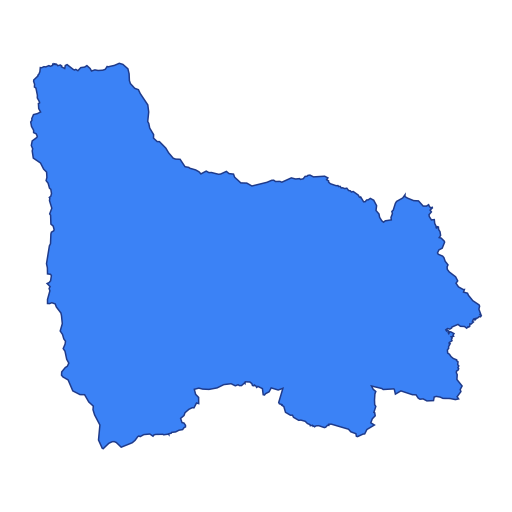 the district of Medellín, Antioquia, Colombia
{"feature_id": "7082276B76690106408580", "entity_name": "Medellín", "entity_type": "district", "adm_level": 2, "iso_a3": "COL", "parent_name": "Colombia", "parent_adm1": "Antioquia", "projection": "orthographic", "projection_center": [-75.59, 6.269], "detail": "fine", "context": "isolated", "style": "filled", "palette": "blue", "viewbox_px": 512, "rotation_deg": 0, "n_neighbors": 0, "source": "geoboundaries", "source_scale": "gbopen_adm2", "svg_char_len": 5937}
<svg xmlns="http://www.w3.org/2000/svg" viewBox="0 0 512 512"><path d="M103.2,448.7L108.8,443.3L112.2,441.7L114.2,441.6L116.3,442.5L121.2,447.2L132.3,442.7L135.1,440.3L137.7,436.7L138.9,436.0L140.2,436.6L143.8,434.6L149.8,434.0L153.0,436.2L154.1,434.8L155.8,434.4L162.9,434.3L163.7,434.8L168.3,434.1L168.8,434.6L168.7,433.8L171.2,433.2L171.6,432.4L175.7,431.9L179.0,430.2L182.6,429.6L184.0,427.7L185.5,426.9L185.5,425.3L183.9,423.0L182.0,422.6L180.6,418.4L184.0,415.5L185.0,412.7L188.9,409.3L192.2,407.7L194.0,407.8L196.5,403.0L198.7,403.6L198.6,397.4L195.6,394.3L194.3,389.3L198.8,388.1L202.7,389.1L209.0,389.4L217.1,387.9L223.8,384.6L231.1,383.7L235.3,385.8L238.1,384.7L239.4,385.6L241.5,385.6L244.5,382.9L245.0,383.5L245.3,381.8L249.9,382.0L251.8,383.6L252.5,385.5L253.9,385.8L254.3,385.0L255.8,385.9L256.7,387.4L257.9,386.4L262.4,388.6L263.2,394.7L264.5,395.0L265.5,393.7L269.1,391.8L271.2,387.9L278.2,390.0L282.9,388.3L278.7,402.5L279.4,403.8L282.0,404.6L281.7,405.2L283.8,406.5L285.5,412.3L290.4,415.2L292.5,415.2L293.5,417.3L298.7,420.3L300.9,420.1L305.2,421.3L307.4,423.5L310.0,424.6L310.3,425.7L312.5,425.3L313.0,426.3L313.8,426.0L314.5,426.8L316.2,425.8L318.8,425.7L324.4,427.6L325.7,427.2L327.5,425.3L328.8,425.4L328.7,424.3L331.2,424.1L348.5,429.2L350.8,431.8L355.9,433.7L356.4,436.3L357.6,436.6L363.0,434.1L364.7,433.9L366.9,429.5L374.4,425.0L370.8,422.8L372.3,418.8L375.2,415.8L374.7,412.7L373.9,412.4L375.8,406.4L374.7,404.7L374.5,400.1L374.9,393.9L375.8,391.5L373.1,389.2L371.5,386.0L381.8,388.5L383.2,389.5L393.6,388.9L394.3,389.3L395.4,394.1L400.9,390.9L412.4,394.7L416.0,394.8L418.2,398.1L419.9,399.2L423.1,398.9L426.9,400.9L433.5,400.6L434.2,397.0L436.3,396.4L440.2,397.1L443.0,398.4L450.0,398.5L455.4,399.6L458.6,398.9L457.1,396.7L460.9,391.6L460.2,389.5L462.1,386.0L456.9,379.5L457.2,374.7L456.3,372.7L456.5,371.1L458.1,370.1L458.7,368.7L457.9,367.7L458.8,365.9L457.7,364.6L458.0,361.8L456.5,360.5L456.6,359.8L453.3,358.5L451.0,356.6L449.4,354.2L447.7,353.1L447.5,351.4L447.4,349.9L448.7,348.3L448.5,346.8L450.1,343.8L449.2,343.7L449.2,342.6L452.0,340.7L451.4,339.2L452.2,337.9L451.2,336.8L453.6,336.2L453.0,335.1L454.0,333.6L450.7,331.8L449.8,331.9L448.8,333.7L448.2,332.7L449.1,332.1L448.4,331.5L448.7,331.1L447.1,330.1L446.5,330.9L445.8,329.8L447.6,328.5L449.8,329.1L451.6,328.0L452.0,327.0L458.0,324.4L460.4,326.3L464.5,326.5L466.7,328.2L468.1,326.7L468.6,327.1L469.7,326.4L469.9,323.9L471.0,324.1L473.4,322.0L472.4,321.3L473.4,319.4L475.0,320.0L476.1,318.8L475.4,318.5L477.6,318.0L479.3,316.5L480.5,316.8L481.3,315.7L480.2,314.5L480.8,314.4L478.9,309.2L479.6,306.2L479.1,304.9L472.8,300.7L468.5,295.4L467.5,293.2L463.5,292.1L464.4,289.5L463.4,289.6L458.5,286.9L456.0,283.2L457.7,280.9L455.6,276.8L449.2,271.9L447.3,269.4L447.1,266.9L448.0,264.9L445.2,261.3L443.9,257.6L442.6,256.1L438.3,254.3L437.5,252.9L438.9,249.9L442.2,248.2L444.6,242.2L444.3,241.2L441.2,238.1L439.2,237.6L440.6,235.4L440.0,231.7L438.6,229.4L438.4,227.0L437.4,226.7L436.7,228.0L436.2,227.8L436.1,226.3L434.7,223.4L434.3,219.6L431.4,219.9L429.3,216.6L429.0,214.7L431.4,211.9L430.1,210.1L432.4,207.9L432.2,207.3L430.8,207.9L429.4,206.5L428.6,204.7L426.5,206.1L423.2,206.1L418.5,200.9L413.6,200.6L407.7,198.2L404.9,196.6L405.0,194.8L402.7,198.0L396.6,201.4L395.4,203.3L393.2,210.2L391.9,211.4L392.4,213.7L391.0,217.4L391.3,219.9L385.3,220.8L383.5,222.2L381.7,220.7L379.6,217.3L379.0,214.0L376.0,210.5L376.6,205.7L373.7,200.2L370.3,198.4L368.3,199.8L366.6,200.0L365.2,201.7L363.6,201.8L360.7,197.0L360.2,197.5L359.3,197.0L358.3,195.1L353.2,191.5L351.4,192.0L350.3,190.8L348.6,190.5L346.8,188.2L344.7,188.6L342.7,187.8L341.2,187.9L340.2,186.4L338.5,186.5L338.0,185.6L336.1,185.7L330.3,183.7L328.6,182.2L328.6,180.9L326.6,179.7L327.9,177.9L324.6,176.2L313.5,176.9L310.0,175.1L307.9,175.4L306.9,176.3L305.1,176.4L303.2,178.8L300.4,179.4L299.6,178.6L295.6,179.0L291.3,177.9L281.8,182.2L279.9,181.4L275.5,181.5L273.7,180.2L271.7,180.3L267.0,182.3L251.9,186.0L246.8,183.1L240.8,182.9L234.6,177.2L233.5,174.1L229.0,173.6L226.4,171.4L220.7,174.0L218.6,174.3L211.4,172.5L208.9,172.6L206.2,171.1L200.9,173.9L199.0,171.8L195.6,169.9L189.7,168.2L188.8,167.4L185.0,166.7L180.1,159.3L175.6,159.1L173.2,158.2L168.6,152.8L165.8,148.1L159.4,141.6L157.2,141.6L153.5,138.1L153.6,134.6L149.7,128.1L148.8,123.5L147.7,121.5L148.7,112.0L147.8,104.9L140.2,93.5L138.4,89.7L134.7,88.3L130.4,83.6L129.4,80.6L129.1,73.8L127.9,68.8L122.9,64.4L119.3,63.3L114.4,65.4L108.2,66.8L107.1,66.5L105.3,69.3L102.8,70.2L98.1,70.5L94.9,69.9L91.5,71.0L90.1,68.5L86.9,65.6L84.6,67.1L80.8,67.6L77.9,70.7L75.8,69.4L74.5,70.0L73.2,69.4L67.1,64.6L65.3,65.5L64.7,68.5L61.4,66.8L61.7,66.0L60.4,65.0L57.7,65.7L56.5,64.2L54.5,63.8L54.8,64.4L52.7,64.1L52.6,65.4L50.4,66.3L48.9,65.6L45.8,66.9L43.9,66.7L41.5,67.8L40.3,67.6L39.9,71.7L38.9,74.1L37.9,75.2L38.0,75.9L33.8,79.9L33.6,81.3L34.6,84.3L34.4,87.0L35.9,88.0L37.4,95.3L37.3,97.9L39.6,102.2L39.5,103.1L38.4,103.5L38.7,108.6L40.6,112.0L37.4,113.6L33.5,114.6L31.8,118.5L31.9,120.3L30.7,122.0L31.5,126.4L33.6,130.3L33.6,132.6L36.2,133.8L37.3,136.3L36.8,137.5L32.2,140.9L31.3,145.5L32.7,148.8L32.2,150.9L33.3,158.1L40.5,163.0L43.6,169.1L46.6,172.1L46.9,177.4L46.1,180.6L48.1,183.2L49.5,188.2L50.8,189.3L51.5,193.6L50.8,196.2L49.3,197.5L49.8,198.3L49.5,200.6L51.8,208.2L49.7,213.9L50.6,215.2L50.9,224.1L53.2,226.1L54.1,229.6L53.7,230.8L51.4,232.2L50.9,234.0L50.5,243.7L49.4,245.8L46.5,263.7L47.4,267.8L47.5,273.9L50.5,274.3L51.4,275.6L50.6,280.8L49.1,282.6L47.1,283.5L50.1,286.6L49.1,288.5L49.9,290.8L47.5,299.5L47.5,303.5L49.6,303.6L51.8,302.7L55.2,303.9L56.3,306.9L60.9,313.0L61.5,315.7L62.3,323.7L60.2,331.0L62.5,334.4L63.8,338.9L65.5,341.2L65.1,344.1L63.2,348.6L65.0,351.2L66.7,359.3L68.8,363.1L67.3,366.3L65.3,367.5L61.7,371.9L61.5,375.2L63.0,377.0L68.1,379.9L72.8,390.9L80.0,394.6L84.6,394.7L88.8,402.0L93.3,406.1L93.0,409.7L94.6,414.9L99.9,425.0L98.5,440.0L102.2,448.2L103.2,448.7Z" fill="#3b82f6" stroke="#1e3a8a" stroke-width="1.5"/></svg>